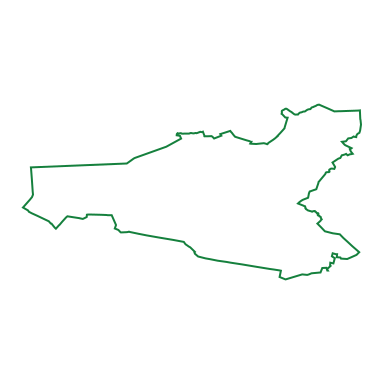 Balvu pag., Balvu, Latvia
{"feature_id": "27541924B22679886686853", "entity_name": "Balvu pag.", "entity_type": "district", "adm_level": 2, "iso_a3": "LVA", "parent_name": "Latvia", "parent_adm1": "Balvu", "projection": "robinson", "projection_center": [27.263, 57.093], "detail": "fine", "context": "isolated", "style": "outline", "palette": "green", "viewbox_px": 384, "rotation_deg": 0, "n_neighbors": 0, "source": "geoboundaries", "source_scale": "gbopen_adm2", "svg_char_len": 5796}
<svg xmlns="http://www.w3.org/2000/svg" viewBox="0 0 384 384"><path d="M281.6,113.9L282.1,114.1L285.3,117.5L287.6,117.7L286.5,121.3L284.6,127.6L284.5,128.3L282.2,130.9L281.1,132.1L280.3,133.0L276.4,137.1L276.5,137.1L275.8,137.7L275.0,138.4L274.7,138.6L273.4,139.6L268.3,143.0L267.6,144.0L267.3,144.0L267.1,144.2L266.2,143.8L263.9,143.2L258.9,143.7L256.2,144.0L250.8,143.7L250.3,143.6L250.8,142.8L251.2,142.1L251.3,141.9L251.1,141.9L249.4,141.1L246.8,140.4L235.8,137.0L235.5,136.8L235.3,136.8L235.2,136.8L235.0,136.7L233.4,134.8L232.1,133.1L231.8,132.7L231.1,132.0L230.9,131.8L230.7,131.5L230.3,130.9L227.8,131.7L220.3,134.1L220.9,135.1L221.3,135.7L214.9,138.2L214.1,138.5L213.0,137.3L211.7,136.2L211.1,136.1L210.5,136.2L204.6,136.3L204.5,136.0L204.4,136.0L204.4,135.6L203.9,134.4L202.9,131.7L202.7,131.8L202.2,132.0L201.6,132.1L200.9,132.0L200.5,131.9L200.2,131.8L199.5,132.2L199.2,132.2L197.8,132.8L196.5,133.2L195.8,133.0L195.5,133.0L193.7,133.4L192.7,133.3L191.9,133.2L191.1,133.0L190.9,133.0L190.3,133.1L190.0,133.2L189.8,133.4L189.3,133.5L188.9,133.6L188.6,133.6L186.7,133.6L185.8,133.6L184.4,133.6L182.9,133.7L181.6,133.6L181.0,133.2L180.5,133.2L179.8,133.3L179.0,133.5L178.5,133.5L178.2,133.4L177.6,133.2L177.4,133.5L177.1,133.7L177.0,133.8L176.8,134.2L176.7,135.3L179.9,135.8L181.1,138.6L173.8,142.6L166.7,146.5L166.1,146.8L164.4,147.4L153.2,151.4L135.0,157.9L134.5,158.1L133.5,158.7L126.8,163.5L30.9,167.4L31.1,169.3L31.9,179.8L32.7,191.6L33.0,194.6L32.0,197.1L29.8,199.8L26.8,203.2L23.0,207.5L28.1,210.5L28.8,211.7L31.8,213.3L37.5,215.9L39.4,216.8L46.1,220.0L47.8,220.8L48.2,221.0L49.0,221.4L49.5,222.1L50.9,223.6L51.5,223.6L53.8,226.5L54.9,227.8L55.9,228.7L58.5,225.8L58.8,225.4L59.5,224.9L62.2,221.7L66.0,217.5L67.4,216.3L71.1,216.9L79.0,218.1L79.7,218.2L79.8,218.3L82.7,218.9L83.1,218.8L85.8,217.5L86.7,217.0L86.9,214.7L87.2,214.6L88.0,214.6L88.7,214.5L93.7,214.6L101.4,214.8L106.4,215.0L107.8,215.2L111.7,215.2L116.0,225.0L115.9,225.4L114.8,228.5L117.5,229.6L118.0,229.8L118.4,230.0L120.6,232.3L120.8,232.4L121.1,232.4L121.7,232.4L126.2,232.2L127.3,232.1L128.3,231.9L128.7,231.8L128.9,231.7L129.0,231.8L138.1,233.7L138.9,233.9L139.1,233.9L146.7,235.4L159.3,237.6L173.1,239.9L183.8,241.9L184.2,242.4L184.9,243.5L185.3,243.9L185.5,244.2L185.9,244.5L186.1,244.7L186.6,245.0L187.2,245.4L188.7,246.5L190.2,247.3L194.9,251.9L194.4,252.3L194.5,252.6L194.9,253.7L195.7,254.4L198.1,256.5L205.6,258.4L210.2,259.2L217.7,260.7L226.3,261.9L230.8,262.7L242.0,264.4L257.0,266.9L270.0,269.0L273.7,269.5L279.5,270.4L280.9,270.7L279.6,277.0L285.0,279.2L285.6,279.4L302.2,274.4L307.2,274.9L308.7,274.5L311.5,273.3L319.1,272.6L320.5,272.5L322.3,268.0L326.4,267.8L327.3,270.5L327.8,270.5L327.0,269.2L330.6,265.9L330.1,265.3L330.3,262.7L333.4,263.4L334.8,258.2L331.9,256.3L332.7,253.3L334.8,253.9L335.8,254.2L337.1,254.2L336.8,257.2L340.4,257.5L341.0,258.6L347.2,259.0L350.7,257.5L356.5,254.9L359.2,252.2L352.2,246.1L347.8,242.0L343.4,238.0L339.8,234.3L332.8,233.3L324.9,231.3L321.1,227.3L317.4,223.6L319.1,222.1L320.4,220.9L320.6,220.7L320.9,220.1L321.2,219.8L321.7,219.4L320.8,217.8L320.8,217.1L320.3,216.7L320.0,216.5L319.5,216.4L319.4,216.2L319.3,215.8L319.2,215.6L318.9,215.5L318.5,215.5L318.2,215.5L318.0,215.3L317.8,215.1L317.7,214.9L317.8,214.7L317.9,214.4L318.1,214.1L318.3,213.8L318.4,213.6L318.3,213.4L318.1,213.2L317.9,213.1L316.9,213.2L316.5,212.7L316.4,212.5L316.0,212.2L315.9,212.0L315.8,211.8L315.6,211.7L315.4,211.6L315.2,211.6L315.1,211.4L315.0,211.2L314.8,211.0L314.0,211.1L313.5,211.1L313.1,211.2L312.9,211.3L312.5,211.6L312.1,211.7L311.9,211.5L310.7,211.2L309.6,210.9L307.9,210.4L307.4,210.0L306.0,209.1L305.7,208.7L305.9,208.6L305.3,207.4L305.3,207.0L305.1,206.8L305.0,206.5L305.0,206.3L304.0,206.0L303.8,205.8L298.0,203.5L298.1,203.4L298.6,202.9L299.1,202.4L301.2,200.8L302.5,200.0L303.6,199.5L307.7,197.9L307.9,197.9L308.0,197.8L308.1,197.7L308.9,193.7L308.9,193.3L309.1,193.0L309.4,192.2L309.7,191.5L309.8,191.5L314.3,189.9L315.3,189.6L315.6,189.5L316.1,189.3L316.3,189.2L316.4,188.9L318.2,183.6L318.4,183.0L318.4,182.8L318.6,181.9L319.5,181.0L320.2,180.1L324.9,174.5L325.4,173.8L325.8,172.7L326.0,172.6L326.3,172.3L326.5,172.3L326.7,172.2L329.0,172.1L329.3,171.9L329.5,171.7L329.5,171.3L329.2,170.6L329.2,169.9L329.3,169.7L329.8,169.3L330.8,168.8L331.1,168.6L331.4,168.6L331.6,168.6L332.2,168.6L334.3,168.9L335.1,167.1L335.1,166.9L332.5,162.5L338.4,158.6L340.3,158.0L341.8,155.3L343.1,155.0L345.1,154.4L346.1,153.9L346.8,154.6L347.7,155.3L349.8,154.3L351.0,154.2L352.7,153.8L351.3,152.1L350.7,151.2L349.8,149.1L351.4,148.4L351.6,148.2L345.9,145.5L345.5,145.3L345.0,145.0L344.5,144.6L343.3,143.3L342.0,141.8L345.8,141.3L346.1,141.1L348.2,138.4L351.4,138.0L353.6,136.5L354.3,136.8L356.2,137.1L356.4,135.6L357.0,134.6L357.5,133.9L359.4,132.8L360.1,130.6L360.3,129.3L361.0,124.6L360.5,119.8L360.3,119.3L360.2,117.5L359.9,110.4L359.4,110.5L357.5,110.6L352.1,110.8L348.9,110.9L340.6,111.2L339.2,111.2L334.3,111.4L334.2,111.3L327.7,108.4L321.0,105.5L319.0,104.6L318.4,104.8L318.2,104.9L317.5,104.9L317.3,105.0L317.1,105.1L316.4,105.5L315.5,106.1L315.0,106.2L314.4,106.4L314.1,106.5L313.8,106.8L313.6,106.9L312.9,107.1L311.7,107.5L311.4,107.8L310.4,109.1L309.4,109.2L308.7,109.3L307.7,109.6L306.6,110.2L305.7,110.9L305.2,111.3L304.5,111.5L303.7,111.5L302.9,111.7L302.1,112.1L301.2,112.4L300.4,112.5L299.6,112.8L299.1,113.3L298.4,113.9L298.0,114.5L296.9,114.5L295.5,114.6L294.6,114.4L294.1,114.1L293.5,113.7L293.0,113.2L292.6,113.0L292.0,112.5L291.7,112.1L291.4,111.9L290.6,111.6L289.6,110.9L288.6,110.2L287.5,109.4L287.1,109.1L286.5,108.8L286.1,108.7L285.8,108.7L285.4,108.8L285.1,108.9L284.6,109.3L284.1,109.6L283.7,109.8L282.9,110.2L282.2,110.6L281.9,110.9L281.8,111.3L281.8,111.9L281.9,112.5L281.8,113.1L281.6,113.6L281.6,113.9Z" fill="none" stroke="#15803d" stroke-width="2"/></svg>